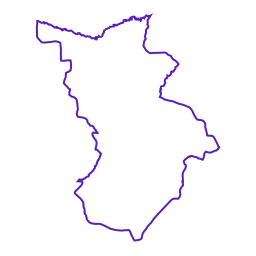 Kouritenga, Kouritenga, Burkina Faso
{"feature_id": "67063806B40595440400203", "entity_name": "Kouritenga", "entity_type": "district", "adm_level": 2, "iso_a3": "BFA", "parent_name": "Burkina Faso", "parent_adm1": "Kouritenga", "projection": "orthographic", "projection_center": [-0.33, 12.181], "detail": "fine", "context": "isolated", "style": "outline", "palette": "violet", "viewbox_px": 256, "rotation_deg": 0, "n_neighbors": 0, "source": "geoboundaries", "source_scale": "gbopen_adm2", "svg_char_len": 5619}
<svg xmlns="http://www.w3.org/2000/svg" viewBox="0 0 256 256"><path d="M150.5,15.6L149.9,15.9L148.8,15.9L147.9,16.4L147.2,16.2L146.4,15.4L145.7,15.9L144.3,18.2L143.8,17.5L143.4,17.4L142.6,18.0L141.0,18.2L141.3,20.1L140.8,20.6L140.6,20.1L140.1,19.8L138.9,19.8L138.6,18.5L136.8,18.9L136.7,19.7L135.6,19.5L135.8,18.4L135.0,18.2L135.1,17.5L134.3,17.4L134.2,16.8L133.4,16.6L133.1,16.6L132.0,17.1L131.5,18.3L131.5,18.7L131.8,19.1L131.7,19.6L130.8,19.7L130.2,18.3L129.4,20.0L129.0,19.6L128.3,20.4L127.0,20.2L126.4,21.0L125.6,21.0L124.9,20.7L125.1,20.0L123.6,20.3L123.3,22.3L123.1,22.6L122.5,22.9L120.9,23.1L119.7,23.9L118.3,24.2L117.6,24.9L116.7,25.4L115.1,24.6L114.0,24.8L114.6,25.5L114.3,26.1L113.8,26.5L112.8,26.4L110.4,26.9L110.0,26.8L109.2,28.0L108.2,28.2L107.2,28.8L106.5,28.8L105.9,29.1L104.9,30.2L104.1,30.5L103.8,31.0L104.0,31.9L103.7,32.9L103.4,33.4L103.0,33.5L102.6,34.2L102.5,35.6L102.1,36.3L100.9,36.9L99.1,36.6L98.7,36.1L98.3,36.9L97.7,37.3L97.1,37.1L96.6,37.2L96.9,38.4L96.8,39.1L96.3,39.5L95.6,39.3L95.0,38.8L95.1,37.7L94.1,38.4L93.0,38.2L91.7,38.3L89.8,36.5L88.6,36.6L87.2,36.1L86.2,36.7L85.4,36.5L83.1,35.0L82.1,35.4L81.6,35.4L81.1,34.7L80.1,34.2L79.6,33.7L79.7,33.3L79.2,33.1L78.7,33.0L78.0,33.2L77.6,34.2L75.3,33.8L74.5,33.0L73.6,32.6L71.5,30.6L70.1,30.7L69.4,30.9L68.0,30.7L66.0,30.0L65.5,29.6L65.8,29.2L65.5,28.9L64.6,28.8L64.0,29.0L63.6,29.8L62.3,30.4L61.9,30.2L61.9,29.1L59.7,28.6L58.5,28.0L58.0,28.0L57.0,27.2L56.7,27.6L56.2,27.0L55.0,27.7L50.7,24.8L49.9,24.7L49.7,24.4L48.7,24.6L46.6,22.9L44.7,23.4L44.6,22.5L44.0,22.1L43.6,22.2L43.2,22.6L42.0,22.9L41.2,22.7L39.0,21.4L38.1,21.1L37.3,21.0L37.2,24.6L36.8,27.6L37.0,32.6L37.0,36.0L37.2,37.1L38.4,38.7L41.6,42.2L42.3,42.4L44.2,42.6L51.3,41.9L54.7,41.3L56.0,41.3L59.5,42.3L60.3,43.0L61.0,49.4L60.8,53.7L61.0,56.9L60.8,59.0L61.1,60.6L62.7,60.8L68.7,60.3L69.9,60.6L70.6,60.5L70.9,62.5L71.1,67.3L70.5,70.4L69.7,71.1L65.9,73.0L65.7,77.2L64.4,80.4L63.8,82.9L64.4,84.0L66.9,86.4L68.0,87.8L69.1,88.9L70.1,89.3L69.8,91.2L69.2,92.4L69.5,93.9L69.2,94.7L69.6,95.1L71.2,96.1L71.3,96.5L73.1,96.9L74.5,97.6L75.2,98.0L76.5,99.3L77.2,102.8L77.8,108.5L77.8,109.9L77.0,112.0L76.8,113.1L76.9,114.4L77.1,115.4L77.9,116.7L78.8,117.0L81.9,117.4L84.8,118.1L86.3,119.2L87.3,120.3L87.6,122.4L89.2,124.1L90.2,125.7L91.6,125.7L92.7,126.0L93.6,127.2L95.3,130.0L95.8,130.2L96.3,131.3L97.5,132.9L96.8,133.0L93.3,132.6L92.8,132.8L92.4,133.6L92.4,134.1L92.5,134.9L93.2,136.6L94.6,138.8L95.7,140.1L96.3,141.4L96.7,142.9L96.3,145.7L95.5,148.8L95.6,149.6L95.9,149.8L96.9,149.6L101.0,153.7L100.5,154.1L100.6,155.3L100.1,155.9L99.7,157.7L98.7,159.3L98.4,160.2L97.8,160.4L97.4,162.1L97.1,162.3L97.3,163.0L96.6,163.9L96.1,165.6L94.8,166.3L95.0,167.4L94.9,168.0L94.7,168.4L93.7,169.2L93.5,170.3L93.3,170.3L92.4,171.5L92.0,171.5L90.7,173.0L90.3,173.1L89.2,174.7L88.8,174.7L88.9,175.5L88.5,176.5L87.1,176.7L86.5,177.0L85.4,177.8L84.6,178.6L83.9,178.7L83.5,179.1L83.0,179.3L80.7,179.8L79.9,179.4L79.1,179.6L78.2,180.8L77.8,181.3L82.3,181.6L82.3,183.4L82.0,184.3L81.5,185.2L75.1,191.6L74.8,192.4L74.8,193.0L75.8,194.3L80.4,198.5L82.5,201.0L83.4,202.9L83.2,203.6L83.6,205.5L83.4,206.6L84.0,208.1L84.3,208.2L84.7,211.6L84.5,212.1L84.7,212.7L84.6,213.3L84.7,213.7L85.1,213.9L85.5,214.4L86.1,215.8L86.2,216.7L86.7,217.7L86.6,218.7L87.3,220.0L89.5,222.5L91.8,223.4L96.2,224.0L98.1,223.8L99.8,223.9L101.3,224.3L106.6,226.7L110.3,228.7L114.8,229.8L117.9,230.3L122.3,230.6L123.8,230.3L127.9,230.2L128.5,230.0L129.0,230.2L129.4,230.5L130.5,232.5L131.0,234.1L133.7,239.4L134.4,240.3L135.2,240.6L140.5,239.4L141.0,239.2L141.4,238.7L141.9,237.4L142.2,235.2L142.9,233.0L145.0,230.2L146.0,229.2L146.6,227.8L149.5,224.3L150.8,223.2L153.5,219.2L156.9,215.3L171.1,200.2L173.2,198.8L175.9,198.6L178.0,198.8L178.4,198.5L179.8,196.6L180.4,194.6L179.9,191.1L179.9,190.3L180.9,188.1L183.0,185.2L183.0,184.1L182.4,181.7L183.0,181.7L182.6,175.0L182.9,173.0L183.8,170.9L185.3,168.6L185.8,167.0L185.8,165.1L184.9,164.4L184.6,164.0L184.0,162.3L183.8,161.1L184.1,160.6L185.9,158.9L188.6,156.8L189.2,156.5L189.6,156.8L190.1,156.7L190.8,156.0L192.1,156.0L193.9,156.7L196.3,157.1L197.0,157.3L198.3,158.5L199.7,158.5L201.6,159.4L202.7,159.7L203.7,157.5L204.4,153.5L205.7,151.7L208.7,152.5L210.8,152.6L215.2,150.6L216.3,150.5L217.3,149.5L217.9,149.3L218.0,148.7L218.8,147.9L219.2,147.1L218.5,146.6L216.6,142.4L214.5,138.3L213.4,136.6L212.6,136.1L211.5,135.8L207.6,135.6L207.1,135.2L206.7,132.6L205.2,126.9L205.3,124.6L205.1,123.4L203.8,121.4L202.7,120.6L201.7,120.2L197.6,119.7L196.6,118.9L194.2,115.2L192.3,110.9L190.4,108.3L189.0,107.2L183.2,104.8L178.6,103.7L173.3,101.4L168.9,100.6L164.9,99.6L163.8,99.1L162.9,98.3L159.8,97.0L160.2,96.1L160.4,96.0L161.0,93.6L160.8,92.7L160.0,91.9L160.0,91.7L160.6,91.4L160.7,90.3L160.9,89.8L160.3,89.6L160.3,89.1L160.9,88.3L160.9,87.0L161.4,86.3L163.5,85.9L164.1,85.6L164.3,85.2L164.3,84.7L164.5,84.0L165.0,83.5L165.3,83.0L164.7,81.1L164.9,80.3L165.6,78.7L166.5,78.0L166.9,78.2L167.3,77.7L167.4,75.4L168.7,75.9L169.3,75.8L170.1,75.2L170.7,74.4L171.0,73.7L171.3,71.7L171.9,71.3L172.8,71.9L173.6,71.3L174.3,70.0L174.9,69.5L175.4,68.7L175.4,67.7L175.6,67.0L176.9,66.4L178.5,64.1L177.1,62.2L176.1,61.3L174.6,60.1L173.1,59.4L172.1,57.8L171.7,57.5L170.9,55.9L168.3,54.9L167.0,53.9L167.0,53.6L166.4,53.1L165.5,52.7L164.4,52.5L160.0,52.8L153.5,52.9L150.6,53.2L149.4,52.9L146.2,50.5L144.9,48.2L143.5,46.3L143.7,43.9L144.3,41.0L144.7,40.1L145.6,39.3L145.7,38.8L144.9,36.8L145.5,34.1L146.1,32.9L145.9,30.3L147.1,28.4L148.2,27.4L148.3,25.9L148.1,25.4L147.7,25.0L147.4,24.2L147.8,22.4L147.5,21.0L147.6,20.2L147.9,20.0L148.2,19.0L148.9,18.2L150.5,15.6Z" fill="none" stroke="#5b21b6" stroke-width="2"/></svg>